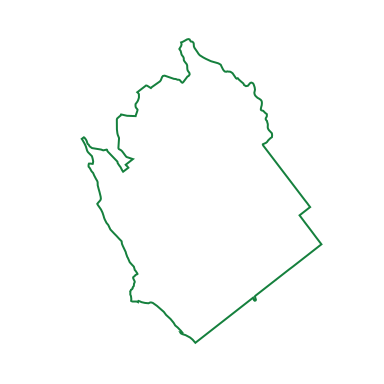 SVG path tracing the border of Sudan, rotated 142°
{"feature_id": "SDN", "entity_name": "Sudan", "entity_type": "country or territory", "adm_level": 0, "iso_a3": "SDN", "parent_name": "Africa", "parent_adm1": "", "projection": "equal_earth", "projection_center": [30.131, 15.434], "detail": "fine", "context": "isolated", "style": "outline", "palette": "green", "viewbox_px": 384, "rotation_deg": 142, "n_neighbors": 0, "source": "natural_earth", "source_scale": "50m", "svg_char_len": 5186}
<svg xmlns="http://www.w3.org/2000/svg" viewBox="0 0 384 384"><g transform="rotate(142 192 192)"><path d="M246.2,301.7L243.6,301.7L243.4,301.4L243.3,300.9L243.3,300.1L243.3,298.6L243.6,297.0L244.5,294.6L244.6,294.4L244.6,294.1L244.5,293.7L244.4,293.3L244.3,292.8L244.5,291.6L244.5,291.2L244.5,290.7L244.4,290.4L243.8,288.3L243.6,288.0L237.5,281.4L236.4,279.6L236.2,279.4L233.1,277.9L233.0,277.6L233.1,277.3L233.4,276.4L233.5,276.2L233.5,275.9L232.1,262.1L232.1,261.8L232.2,261.6L232.4,261.2L232.6,260.9L232.8,260.4L232.8,260.2L233.0,257.7L233.0,255.6L233.7,252.0L233.8,250.4L227.2,250.3L227.2,250.5L227.2,251.0L227.2,251.4L227.2,251.6L227.2,251.9L227.3,252.7L227.4,253.4L227.5,253.6L227.5,253.8L227.5,254.3L218.3,254.3L221.9,259.7L222.0,259.9L222.0,260.2L222.1,260.4L222.1,262.3L222.0,265.3L222.0,267.2L222.2,268.5L223.2,270.9L223.1,271.4L222.9,272.0L216.4,279.3L216.2,279.7L215.3,282.8L214.5,284.5L214.1,285.1L212.6,287.6L206.6,295.4L205.7,296.0L202.7,296.2L201.1,296.2L201.0,296.3L200.7,296.4L200.5,296.6L200.3,296.8L200.1,296.7L199.9,296.5L196.3,292.1L189.7,286.5L189.1,287.0L185.4,289.4L184.6,290.0L184.2,290.5L184.2,293.2L183.6,294.5L182.4,296.0L179.2,296.9L177.5,297.8L175.8,299.0L175.5,299.3L174.9,300.1L173.6,301.8L173.5,303.1L173.7,304.3L162.6,304.2L161.9,303.3L160.4,299.2L159.2,299.4L149.1,298.9L147.7,299.3L144.8,301.0L143.4,301.3L141.9,300.5L136.6,292.3L135.5,291.3L135.1,290.8L134.3,289.4L133.2,288.5L132.8,287.9L132.7,287.0L132.7,285.2L132.4,284.1L131.5,283.9L124.4,285.8L123.4,285.5L121.9,285.9L121.4,286.2L120.8,287.3L120.7,288.4L120.7,289.5L120.5,290.7L119.9,291.9L117.9,294.7L117.5,295.9L117.5,299.0L117.4,300.5L117.1,301.2L116.2,302.4L115.9,303.1L115.7,304.0L115.7,306.1L115.5,307.0L114.4,309.4L114.1,310.2L114.0,311.9L113.9,312.5L110.6,313.8L109.4,314.7L108.7,316.0L108.5,316.6L107.1,316.1L105.4,315.8L102.0,315.3L100.7,314.7L100.0,313.8L100.3,311.4L99.9,310.9L99.4,310.5L99.0,309.4L99.1,308.2L100.9,305.5L101.3,304.0L101.6,298.9L101.8,297.1L101.7,295.0L100.3,291.1L99.1,288.4L97.1,284.5L96.4,283.2L92.4,277.7L91.9,276.9L91.0,274.6L91.5,272.5L92.1,269.5L92.2,268.1L91.9,266.6L90.9,265.6L90.0,265.4L89.6,264.9L88.8,264.1L88.0,263.5L87.4,262.3L86.9,260.6L87.3,254.7L87.1,253.9L86.0,253.6L85.8,253.2L85.9,252.1L85.3,248.7L84.7,245.9L85.1,244.3L84.3,242.2L82.6,241.3L81.1,241.6L79.4,242.0L78.4,241.9L77.7,241.5L77.3,240.7L77.0,239.8L77.3,238.4L78.2,235.9L79.4,233.8L81.7,231.9L82.3,230.9L82.7,229.8L82.8,228.5L82.6,227.2L82.4,225.9L81.7,224.3L81.1,222.4L81.1,221.1L81.4,220.2L82.1,219.1L83.3,217.8L83.6,217.5L84.4,216.9L85.1,216.4L86.7,215.0L87.1,214.4L87.0,213.6L86.6,213.0L85.9,212.1L85.8,211.1L85.6,209.2L85.3,208.1L85.1,207.2L85.6,206.6L86.3,205.7L87.2,205.2L88.5,204.7L89.1,204.0L89.3,202.8L89.2,201.7L89.7,200.8L90.4,199.0L91.0,198.1L91.9,197.1L92.8,195.9L93.2,194.5L93.3,193.2L92.9,189.1L93.9,187.4L95.3,186.0L97.1,186.1L100.1,185.8L102.1,185.2L103.5,185.2L106.8,186.0L107.0,185.8L107.1,185.6L107.3,184.5L107.3,181.8L107.4,173.6L107.5,165.4L107.6,157.2L107.7,149.1L107.8,140.9L107.9,132.7L108.0,124.6L108.1,116.5L108.1,114.2L108.1,111.9L108.2,109.7L108.2,107.4L111.5,107.4L114.9,107.4L118.2,107.4L121.6,107.4L121.8,98.2L121.9,89.2L122.1,80.1L122.2,71.1L127.3,71.1L132.5,71.1L137.6,71.1L142.7,71.1L147.9,71.1L153.0,71.1L158.2,71.1L163.3,71.2L168.4,71.2L173.6,71.2L178.7,71.2L183.9,71.2L189.0,71.2L194.2,71.2L199.3,71.2L204.4,71.2L206.0,71.2L206.7,71.0L208.0,67.7L208.6,67.4L209.4,67.6L209.7,68.4L209.5,69.5L209.0,71.1L211.6,71.1L216.0,71.1L220.4,71.1L224.8,71.1L229.2,71.1L233.6,71.1L238.1,71.1L242.5,71.1L246.9,71.1L251.3,71.1L255.7,71.1L260.1,71.1L264.6,71.1L269.0,71.1L273.4,71.1L277.8,71.1L282.2,71.1L282.4,75.2L283.1,78.5L285.2,83.2L287.0,85.8L287.7,87.2L287.8,87.8L287.7,88.4L287.2,87.7L286.2,87.3L286.2,89.5L286.4,91.1L286.7,94.0L287.4,97.2L287.0,100.1L287.1,105.1L288.1,111.1L288.0,114.9L289.7,123.8L291.2,128.8L292.1,130.0L293.0,130.7L294.8,131.1L297.4,133.6L299.6,136.3L300.3,137.7L301.3,139.2L302.0,139.0L302.4,138.5L303.1,139.8L306.5,142.5L307.0,143.7L305.8,144.9L304.5,147.0L304.1,147.8L304.0,148.3L303.8,149.0L303.5,149.6L302.7,150.4L302.4,150.8L302.2,151.4L301.8,151.8L301.3,151.8L300.8,152.1L300.2,152.5L299.1,152.3L298.1,152.6L297.8,153.1L297.0,153.5L296.1,153.6L295.9,153.7L295.1,154.4L294.2,155.4L293.1,156.0L292.7,156.2L292.2,156.8L291.5,160.1L290.9,161.0L289.9,161.1L288.7,161.1L287.6,161.4L286.1,161.0L285.4,161.0L285.2,161.7L285.0,164.6L285.1,165.8L284.5,167.2L283.8,169.0L284.1,172.0L284.3,175.0L283.1,179.6L283.0,180.6L281.8,184.2L281.2,185.5L279.7,192.2L279.1,194.3L277.8,196.5L278.2,200.0L278.5,203.8L278.9,207.3L279.4,212.7L278.3,217.6L278.4,220.3L277.6,224.3L277.0,226.2L276.5,227.3L276.1,228.4L275.2,230.9L274.5,234.2L274.3,237.6L274.2,239.5L274.1,240.4L273.9,241.0L272.2,241.4L269.9,241.8L268.7,242.2L267.9,242.9L266.9,244.5L264.9,248.9L263.8,251.6L262.2,255.3L260.3,257.9L259.9,259.1L259.6,261.5L258.9,265.3L258.2,267.9L258.4,270.1L257.8,273.8L257.9,275.6L257.2,276.6L256.3,277.5L255.7,277.8L254.3,276.7L253.3,275.6L252.9,275.3L252.0,276.0L251.0,277.0L249.8,279.4L248.8,281.8L249.4,287.0L249.4,288.1L249.1,289.4L247.6,293.2L247.3,294.4L246.8,296.7L246.2,300.8L246.2,301.7Z" fill="none" stroke="#15803d" stroke-width="2"/></g></svg>